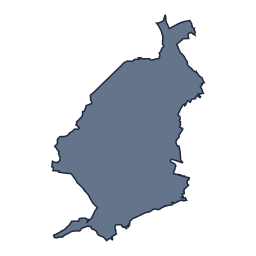 the district of Maltrata, Veracruz, Mexico
{"feature_id": "50627088B19027861319705", "entity_name": "Maltrata", "entity_type": "district", "adm_level": 2, "iso_a3": "MEX", "parent_name": "Mexico", "parent_adm1": "Veracruz", "projection": "mercator", "projection_center": [-97.262, 18.844], "detail": "fine", "context": "isolated", "style": "filled", "palette": "slate", "viewbox_px": 256, "rotation_deg": 0, "n_neighbors": 0, "source": "geoboundaries", "source_scale": "gbopen_adm2", "svg_char_len": 5783}
<svg xmlns="http://www.w3.org/2000/svg" viewBox="0 0 256 256"><path d="M89.2,104.5L87.7,105.0L87.4,105.2L86.7,105.4L86.1,105.8L85.8,106.9L85.6,107.5L85.4,108.8L84.7,109.8L84.4,111.0L83.9,111.5L83.3,111.7L82.6,111.6L82.5,112.3L82.7,114.1L82.2,115.8L81.9,116.4L81.1,117.7L80.4,118.0L78.7,120.1L76.6,121.7L77.3,122.6L76.7,123.3L76.1,124.3L76.1,125.4L77.1,125.6L77.9,126.1L78.0,127.0L78.7,127.2L79.1,127.6L79.0,128.3L78.6,128.8L77.9,129.2L75.4,129.0L74.6,129.2L73.9,129.6L72.8,131.1L70.2,132.6L69.2,133.4L68.5,134.4L67.5,135.5L66.3,136.0L64.0,136.6L60.9,136.5L60.0,136.7L57.9,138.7L57.2,139.9L57.6,141.8L57.3,142.5L57.5,143.2L57.3,143.7L56.1,144.9L54.7,146.4L56.1,147.8L58.0,150.7L59.3,151.9L58.5,153.1L58.5,153.8L59.3,155.4L59.3,155.9L59.6,156.6L60.1,157.1L60.2,158.2L60.0,159.4L59.5,160.8L59.1,161.3L57.1,162.5L54.8,162.4L52.5,161.3L51.8,166.8L53.2,167.1L53.3,169.4L52.9,170.6L58.9,171.1L58.7,172.2L71.3,173.8L76.3,180.7L77.0,182.6L79.9,185.1L83.8,189.1L83.8,189.9L84.2,190.1L84.8,190.7L84.8,191.1L85.3,191.6L85.9,192.0L88.5,195.1L90.4,198.9L92.9,203.1L97.4,207.6L95.5,210.2L94.7,211.4L92.0,217.1L91.2,218.6L87.1,222.1L87.2,221.3L88.3,219.5L87.2,219.4L85.4,218.1L84.3,218.3L82.1,218.0L79.2,218.7L78.7,221.1L71.5,221.2L70.9,222.7L68.9,225.4L68.1,226.2L66.8,227.2L64.9,229.2L63.4,230.2L63.0,230.7L62.4,230.6L61.5,231.2L60.6,231.5L60.0,232.2L59.2,232.7L57.6,233.3L56.3,234.2L54.5,234.8L53.6,235.3L54.6,237.6L55.0,237.3L56.4,237.8L57.1,237.8L57.4,237.5L58.9,237.2L60.7,237.0L61.3,237.1L62.4,237.1L63.9,235.7L64.5,235.3L68.7,233.1L71.0,231.7L74.7,230.9L79.9,230.9L80.7,229.8L80.9,229.2L82.4,228.0L84.2,227.5L87.0,226.3L89.3,226.3L90.2,226.7L91.0,226.7L91.4,228.3L92.1,229.1L93.2,229.5L93.8,229.3L94.2,229.5L94.7,230.1L96.0,230.8L96.6,232.0L97.1,232.5L97.2,233.6L98.5,235.0L100.6,236.2L102.6,236.6L103.5,237.1L106.6,240.6L109.4,238.4L110.6,238.7L111.2,238.5L112.1,239.7L112.5,239.7L112.7,238.9L111.7,236.8L116.4,234.0L115.8,233.0L115.7,229.9L115.1,228.4L114.8,226.8L115.9,224.8L121.5,224.8L121.9,226.1L123.1,227.3L124.0,227.3L124.5,227.2L124.9,226.9L126.0,228.6L126.6,228.5L126.5,228.3L127.1,226.6L127.1,226.1L127.7,226.2L128.3,226.9L128.9,226.1L128.2,225.5L129.6,225.0L128.9,224.0L129.5,224.0L129.8,223.5L129.7,221.7L132.0,219.0L133.5,218.2L136.6,217.0L144.4,213.1L148.0,212.1L149.3,212.0L153.6,209.2L154.4,208.9L156.4,209.4L158.1,209.6L159.4,209.4L160.4,208.8L160.9,208.2L163.1,207.1L163.4,207.1L164.5,206.2L164.9,205.6L165.4,206.1L166.1,206.1L168.8,205.2L169.5,205.3L172.0,204.8L172.0,202.3L173.1,202.5L173.8,203.7L174.2,203.2L175.1,203.0L176.8,202.0L177.5,201.9L177.6,201.4L178.3,201.4L179.8,200.6L180.3,200.5L180.9,200.3L181.3,200.2L182.3,200.5L182.8,200.5L183.1,200.8L183.6,200.6L184.7,200.8L185.9,200.4L186.6,200.3L186.1,199.5L185.5,197.8L184.7,198.0L183.8,198.0L182.9,197.9L182.4,197.5L181.9,197.4L183.3,196.9L182.6,195.6L182.3,194.1L182.4,193.8L183.0,193.7L184.0,193.8L184.2,193.6L184.1,192.0L183.7,191.4L184.2,190.8L184.0,190.2L184.1,189.4L188.6,185.2L188.2,184.9L187.5,184.0L187.2,182.7L187.1,181.2L187.6,180.1L188.8,179.8L188.6,178.3L189.1,178.3L189.2,177.7L184.7,176.8L184.8,176.2L184.1,176.0L184.0,176.6L182.8,176.4L182.2,175.5L181.0,175.7L180.5,175.6L180.7,175.0L180.1,174.8L179.9,175.4L179.4,175.3L179.5,174.8L179.0,174.6L178.9,175.1L177.8,174.5L177.6,174.6L176.9,174.3L175.6,174.2L174.1,173.6L173.3,173.0L173.6,172.6L174.3,170.4L175.0,169.1L175.1,167.6L175.8,166.2L175.8,165.6L175.1,164.4L173.4,163.0L171.1,162.1L170.8,161.8L170.5,161.2L170.4,160.7L170.6,160.2L171.0,159.6L171.9,159.4L173.1,159.6L182.4,162.8L182.6,162.2L181.1,160.7L180.6,159.6L180.4,155.1L179.9,150.2L179.4,148.7L179.5,148.2L178.8,146.0L177.6,146.3L176.1,143.4L176.0,141.4L176.6,140.1L179.2,136.8L179.0,135.6L179.1,134.8L180.0,133.7L181.8,130.8L182.7,129.7L182.6,128.3L181.7,128.2L179.5,127.2L180.2,125.9L180.6,124.4L180.4,123.6L180.5,121.8L179.4,121.2L180.2,118.9L179.8,116.3L178.8,115.8L177.8,114.9L178.5,113.4L180.1,110.2L180.4,109.1L182.8,105.3L184.5,104.1L184.8,105.7L185.5,105.1L187.6,100.7L188.4,100.9L189.6,101.7L189.6,102.0L190.4,102.3L190.8,101.4L191.0,100.2L191.3,99.7L191.8,99.3L192.7,98.9L193.9,98.9L195.5,98.7L195.3,97.9L196.1,97.1L197.0,95.6L200.0,97.6L200.6,96.5L199.8,96.2L198.4,94.0L198.9,94.2L199.4,93.9L199.9,94.1L200.6,93.8L203.4,93.3L202.8,92.0L201.6,88.7L200.3,86.7L202.3,84.7L201.7,83.7L203.4,82.7L204.2,82.8L202.7,79.6L202.1,77.9L200.5,76.9L198.9,75.5L197.3,73.2L197.0,72.7L196.5,72.4L196.1,71.9L196.1,71.5L195.5,71.9L194.6,71.5L192.3,69.7L191.8,68.7L190.9,68.1L188.1,65.7L187.4,64.5L187.5,63.4L187.2,61.7L185.2,58.6L184.3,56.7L182.0,54.0L181.0,53.3L180.1,52.1L179.4,50.3L178.4,48.4L177.6,46.0L176.5,44.5L182.3,39.6L183.0,38.7L188.7,38.5L187.9,34.8L189.3,32.8L190.5,32.9L191.4,32.3L192.8,34.0L193.9,34.3L194.9,35.1L194.7,34.0L195.2,32.2L194.5,30.5L194.0,30.2L194.3,28.7L193.9,28.9L193.3,27.7L192.3,27.2L191.6,23.5L189.7,20.5L184.9,21.4L181.2,22.5L177.6,24.1L169.4,28.5L168.6,27.1L167.6,24.7L166.7,23.1L166.1,21.4L165.8,19.7L165.8,18.0L165.4,15.4L164.7,15.8L164.4,17.5L163.9,18.6L163.6,20.8L159.2,22.8L157.7,23.2L156.6,23.1L159.2,26.8L160.0,28.6L161.1,30.7L161.6,32.1L162.2,34.8L162.8,36.0L162.9,37.9L162.7,38.6L162.8,40.3L162.5,40.8L162.5,41.6L162.6,42.0L162.6,44.5L163.6,45.3L163.8,45.8L163.6,46.6L163.2,46.9L162.8,47.6L162.5,47.7L162.0,48.2L161.8,49.0L161.1,49.9L161.1,50.8L160.5,51.5L160.1,52.4L159.3,52.8L159.4,53.9L159.9,55.4L159.9,55.8L159.3,56.8L159.5,57.3L159.4,57.8L158.8,58.2L158.5,58.8L158.1,58.9L157.2,58.7L151.3,60.2L149.9,59.3L149.9,58.9L148.7,58.7L142.0,58.9L141.0,57.6L138.4,57.8L139.2,59.1L135.4,59.3L134.1,59.7L132.7,61.0L131.8,61.4L127.5,61.0L124.8,62.3L123.4,63.2L120.8,66.1L94.0,92.1L90.6,95.0L90.3,96.0L90.7,98.2L90.5,99.1L90.5,99.7L91.5,101.5L91.8,102.8L91.7,103.4L91.5,103.7L90.0,104.0L89.2,104.5Z" fill="#64748b" stroke="#1e293b" stroke-width="1.5"/></svg>